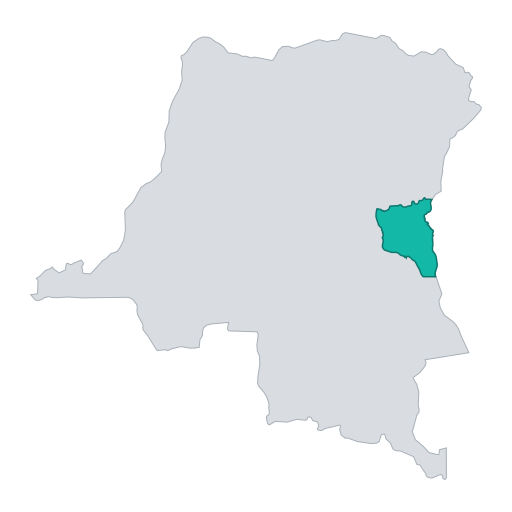 where Sud-Kivu sits in Democratic Republic of the Congo
{"feature_id": "COD-1894", "entity_name": "Sud-Kivu", "entity_type": "Province", "adm_level": 1, "iso_a3": "COD", "parent_name": "Democratic Republic of the Congo", "parent_adm1": "", "projection": "mercator", "projection_center": [28.022, -3.333], "detail": "fine", "context": "in_parent", "style": "filled", "palette": "teal", "viewbox_px": 512, "rotation_deg": 0, "n_neighbors": 0, "source": "natural_earth", "source_scale": "10m", "svg_char_len": 7741}
<svg xmlns="http://www.w3.org/2000/svg" viewBox="0 0 512 512"><path d="M468.9,352.7L425.1,359.7L426.0,362.2L425.6,364.8L424.4,366.9L420.0,372.4L413.4,377.4L413.3,378.6L416.7,384.2L418.8,391.9L418.2,405.5L419.1,409.2L419.0,412.1L416.8,415.3L412.3,431.7L415.3,439.6L424.0,447.1L429.0,452.6L437.6,454.6L439.0,454.3L439.5,449.7L446.3,447.9L446.4,477.3L445.8,479.0L444.6,479.4L442.9,478.4L442.4,475.6L440.6,474.4L432.3,478.0L430.2,477.9L427.9,477.3L426.2,475.8L425.7,473.6L419.8,465.0L416.9,464.4L413.6,456.7L400.5,451.0L395.5,450.6L392.9,448.9L390.3,442.8L385.9,438.9L384.9,434.6L384.0,434.0L381.3,434.9L379.1,441.7L376.1,443.3L370.7,443.5L357.2,441.5L347.6,438.0L345.1,438.2L341.2,435.0L339.7,429.8L340.5,425.7L339.8,425.1L325.1,428.5L321.6,430.6L318.3,430.1L317.3,429.0L318.7,426.2L318.0,423.1L316.9,421.7L312.6,420.6L311.2,417.4L308.5,416.9L307.6,417.4L307.0,419.6L305.4,420.3L296.7,419.3L287.5,422.1L275.3,421.4L269.5,424.8L268.6,424.7L267.4,423.0L266.3,417.4L266.9,415.9L268.7,414.8L269.3,412.6L268.7,406.9L269.2,405.5L268.5,402.2L266.7,396.9L264.2,392.7L258.7,386.2L257.6,383.2L258.0,376.0L259.8,364.7L259.6,356.3L257.3,350.8L256.9,344.9L258.3,334.3L256.9,331.8L229.1,330.9L228.0,330.1L227.4,328.6L228.7,322.4L211.8,323.9L206.7,325.1L203.6,327.7L202.6,330.9L202.5,335.5L199.9,339.9L199.2,347.3L194.5,348.1L189.8,348.1L180.8,346.6L172.0,348.7L167.7,350.7L165.4,349.7L157.6,350.5L156.5,349.9L147.5,335.3L143.5,330.4L142.7,328.0L143.1,325.7L142.0,322.7L137.8,315.2L137.0,311.7L137.2,306.2L136.7,304.4L132.9,299.7L130.4,298.1L127.7,297.3L82.4,297.9L67.4,297.0L56.5,297.7L50.9,297.3L49.4,296.6L44.4,297.6L41.8,299.5L37.8,300.6L35.4,300.1L30.7,294.7L37.1,293.8L37.6,293.2L38.0,280.3L36.3,278.4L39.8,276.2L45.3,270.5L50.7,268.4L51.4,267.3L52.5,267.3L54.5,269.7L59.1,272.9L64.9,270.1L65.5,269.3L66.3,263.8L67.7,263.3L70.2,264.5L71.5,264.5L74.1,262.9L81.4,260.1L83.6,263.7L81.6,266.9L82.5,269.2L82.7,272.7L83.9,273.5L89.7,273.9L91.4,273.1L102.9,260.3L105.9,258.8L110.8,253.7L117.2,251.5L120.0,247.5L123.7,240.3L125.4,230.0L124.8,212.3L125.3,209.9L133.0,201.9L141.0,187.4L146.4,183.5L150.5,182.0L156.7,176.7L161.7,171.4L161.0,164.9L162.1,159.6L164.8,152.8L165.7,145.7L164.8,138.1L165.2,131.9L168.9,122.1L169.2,110.8L172.5,101.3L179.1,89.2L182.2,80.2L181.6,71.4L182.5,64.8L182.2,61.0L180.9,57.6L181.5,55.5L184.0,54.7L187.2,51.3L192.8,42.6L198.8,38.4L203.0,37.0L207.4,37.2L210.2,37.9L214.8,41.3L220.1,44.1L224.1,47.5L228.0,52.8L237.4,54.0L241.4,55.9L243.8,56.6L244.8,56.1L246.7,56.4L251.1,57.9L254.7,57.1L272.0,60.5L274.0,58.8L278.9,49.7L282.5,46.6L288.4,46.3L293.1,48.0L295.6,48.0L316.9,40.2L319.7,39.8L327.4,41.7L332.5,40.4L334.5,40.8L338.9,39.5L342.4,34.0L345.4,32.6L376.0,38.6L380.7,35.7L383.0,35.3L389.8,37.4L391.9,40.8L395.9,43.7L398.9,48.5L403.4,51.1L405.7,53.7L408.4,55.4L414.0,56.1L421.1,51.8L426.1,52.2L431.1,54.5L432.8,54.5L436.6,51.9L438.6,49.2L440.6,48.7L443.5,49.8L446.0,52.3L448.1,56.0L455.8,64.2L463.2,67.6L465.0,72.7L467.7,72.2L469.1,72.7L471.0,75.8L472.3,76.5L472.6,77.7L470.7,80.7L469.0,86.4L471.3,89.9L469.4,95.1L468.4,100.3L470.8,101.6L473.9,101.6L476.7,104.3L479.0,104.7L481.3,107.6L480.8,110.0L473.4,118.6L462.5,129.1L458.8,130.4L456.8,132.3L455.5,135.4L452.3,138.0L449.8,139.0L449.6,146.6L445.9,154.4L444.5,156.1L442.5,168.8L442.8,171.0L440.8,181.5L441.2,191.2L435.8,194.3L432.2,199.0L430.6,202.4L430.6,210.3L424.6,215.1L424.2,216.2L425.7,221.8L427.9,222.7L427.9,224.6L432.8,230.6L432.5,249.1L432.8,250.9L435.4,255.3L437.1,263.7L435.2,274.3L441.9,293.9L438.9,301.1L440.3,307.9L444.3,315.1L453.7,322.2L456.2,325.2L458.6,329.1L460.8,335.2L468.9,352.7Z" fill="#d9dde1" stroke="#a8b0b8" stroke-width="1"/><path d="M437.1,263.7L437.2,264.0L437.2,264.9L437.0,266.9L435.6,270.8L435.1,272.8L435.2,274.8L435.6,276.7L430.2,276.7L423.4,276.7L422.9,276.4L422.2,275.6L421.8,275.0L421.4,274.5L419.4,269.3L418.3,267.6L415.5,262.1L415.1,261.6L414.9,261.4L414.7,261.1L412.2,259.6L411.9,259.2L410.9,257.9L409.5,257.1L409.0,256.7L408.5,256.4L408.1,256.2L407.6,256.3L407.2,256.5L406.8,256.7L406.5,257.1L406.4,257.4L406.2,257.7L406.2,257.8L406.1,257.7L405.9,257.6L405.7,257.4L405.4,257.3L405.3,257.2L405.1,257.3L404.9,257.3L404.7,257.3L404.6,257.2L404.5,256.9L404.6,256.5L404.7,256.2L404.1,256.2L403.9,256.2L403.7,256.2L401.7,255.6L400.8,255.2L399.9,254.6L398.5,253.3L397.9,252.9L397.6,252.8L396.8,252.5L395.9,252.4L392.0,252.4L391.9,252.4L391.6,252.3L390.0,251.9L388.2,251.2L385.0,250.2L384.5,249.9L384.0,249.5L383.2,248.5L382.7,247.6L382.5,247.1L382.4,246.6L382.4,245.9L383.3,240.9L383.2,240.6L383.1,240.4L383.2,239.8L383.1,239.6L382.9,239.5L382.9,239.4L382.9,239.2L383.0,239.0L383.0,238.8L382.9,238.7L382.7,238.5L382.5,238.4L382.5,238.2L382.5,237.9L382.4,237.7L382.3,237.4L382.4,237.2L382.6,236.9L383.3,236.2L383.3,235.8L383.3,235.7L383.2,235.6L383.1,235.4L383.0,235.1L383.1,234.4L383.1,234.2L383.0,233.8L383.1,233.3L383.0,233.1L382.9,233.1L382.7,233.1L382.5,232.8L382.5,232.7L382.8,232.4L382.9,232.2L382.8,231.9L382.5,231.4L382.4,231.0L382.3,230.9L382.1,230.8L382.0,230.7L381.9,230.6L381.8,230.1L381.7,229.9L381.6,229.7L381.7,229.2L381.7,228.8L381.7,228.7L381.3,227.9L381.2,227.7L380.2,226.9L379.9,226.6L379.0,225.4L378.9,225.3L378.6,225.1L378.4,224.8L378.4,224.0L378.3,223.6L378.2,223.2L377.8,222.5L377.7,222.2L376.3,217.9L376.1,216.7L376.0,216.1L376.2,212.7L376.7,209.8L377.0,208.9L377.2,208.7L377.3,208.7L377.6,208.7L377.7,208.8L378.1,209.0L378.3,209.1L379.2,209.3L379.8,209.3L380.0,209.3L380.3,209.4L380.4,209.5L380.6,209.5L380.8,209.5L381.0,209.6L381.7,210.4L381.8,210.5L382.0,210.6L382.7,210.6L382.8,210.7L382.9,210.8L383.0,210.9L383.0,211.1L383.3,211.2L383.5,211.2L383.8,210.9L383.9,211.0L384.0,211.1L384.1,211.3L384.3,211.4L384.6,211.4L384.7,211.2L384.9,211.1L385.1,211.0L385.6,210.9L386.1,210.7L386.8,210.5L387.9,209.8L388.5,209.4L388.9,208.9L389.2,208.5L389.4,208.1L389.5,207.7L389.7,206.8L390.0,206.3L390.5,206.1L398.2,205.7L399.5,205.0L400.0,204.9L400.5,204.8L400.9,204.9L401.3,205.2L402.0,206.1L402.4,206.4L403.0,206.8L403.4,207.0L403.8,207.0L405.4,207.1L405.9,207.0L407.0,206.5L407.9,206.2L410.5,205.7L411.1,205.5L411.4,205.2L411.6,204.9L411.8,204.3L411.8,202.6L412.0,202.1L412.1,201.7L412.3,201.5L412.7,201.3L413.0,201.2L413.5,201.3L413.7,201.5L413.9,201.7L414.1,201.9L414.4,203.3L414.5,203.5L415.2,203.7L415.6,203.9L415.9,204.0L416.5,204.0L417.1,203.9L417.6,203.8L418.0,203.5L418.3,203.1L418.5,202.5L419.1,201.0L419.3,200.8L419.7,200.5L420.1,200.5L420.7,200.6L421.5,200.6L422.1,200.4L422.5,200.1L423.6,198.5L423.9,198.2L424.4,197.8L424.7,197.8L424.9,197.9L425.0,198.0L425.3,198.9L425.5,199.1L425.7,199.3L426.2,199.4L428.0,199.2L428.8,199.2L431.9,199.5L431.1,200.9L430.6,202.0L430.5,202.8L430.5,203.7L431.2,207.4L431.2,208.2L431.1,209.2L430.7,210.3L430.1,211.3L429.3,211.9L428.3,212.2L427.6,212.2L427.4,212.2L427.1,212.5L427.0,212.9L426.8,213.3L426.6,213.7L426.2,214.0L425.8,214.3L425.3,214.4L424.7,214.7L424.4,214.9L424.2,215.6L424.2,216.1L424.3,216.5L424.6,217.0L424.6,217.3L424.2,217.6L424.2,217.9L424.2,218.2L424.4,218.4L424.7,218.5L425.0,218.8L425.1,219.3L425.0,221.1L425.1,221.3L426.0,221.9L426.3,222.0L427.0,222.1L427.5,222.3L427.9,222.7L428.2,223.3L427.7,223.4L427.4,223.6L427.3,224.0L427.2,224.5L427.4,224.9L427.8,225.0L428.3,225.1L428.7,225.2L428.8,225.4L429.0,226.1L429.4,226.6L429.5,226.8L429.5,227.2L429.6,227.6L430.0,227.8L430.4,227.9L430.8,228.2L430.9,228.5L431.0,229.0L431.2,229.4L431.7,229.6L432.1,229.7L432.5,229.8L432.9,230.1L433.1,230.4L433.2,231.8L433.3,231.9L433.1,232.2L432.8,232.4L432.7,232.8L432.6,233.3L432.7,234.8L432.8,235.3L433.2,235.6L432.6,236.2L432.5,236.6L432.4,237.2L432.5,239.0L432.8,242.8L432.8,243.3L432.8,245.1L432.7,246.1L432.4,247.8L432.6,250.6L432.8,251.3L433.2,251.8L434.1,252.7L435.6,255.2L436.2,257.5L436.3,257.9L437.1,263.7Z" fill="#14b8a6" stroke="#0f766e" stroke-width="1.5"/></svg>